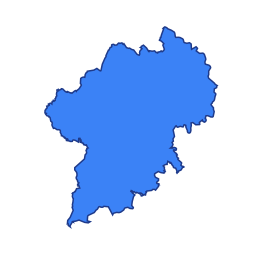 Unión de Tula, Jalisco, Mexico, rotated 186°
{"feature_id": "50627088B89415204754484", "entity_name": "Unión de Tula", "entity_type": "district", "adm_level": 2, "iso_a3": "MEX", "parent_name": "Mexico", "parent_adm1": "Jalisco", "projection": "albers", "projection_center": [-104.245, 20.004], "detail": "fine", "context": "isolated", "style": "filled", "palette": "blue", "viewbox_px": 256, "rotation_deg": 186, "n_neighbors": 0, "source": "geoboundaries", "source_scale": "gbopen_adm2", "svg_char_len": 5808}
<svg xmlns="http://www.w3.org/2000/svg" viewBox="0 0 256 256"><g transform="rotate(186 128 128)"><path d="M101.9,232.4L103.0,231.5L103.5,230.7L102.9,230.7L103.2,229.2L104.5,223.9L104.8,221.5L105.3,221.4L105.3,219.9L105.8,219.3L105.9,218.5L103.9,217.9L101.2,215.6L102.0,214.1L100.1,210.2L100.6,208.8L101.9,207.5L102.1,207.4L102.7,208.1L103.3,208.0L104.0,207.2L105.8,206.7L106.3,205.8L107.0,206.3L107.8,205.9L109.6,207.5L111.9,206.9L115.0,207.1L115.0,206.2L115.4,206.2L117.9,209.5L121.3,212.0L123.4,210.5L123.3,209.3L123.8,209.2L122.4,208.3L124.2,205.8L124.4,204.0L124.0,202.9L124.4,201.6L124.9,201.6L126.8,202.3L130.5,206.2L132.5,206.5L134.7,207.6L135.9,207.3L137.9,207.8L140.8,211.3L141.1,210.6L141.5,210.6L142.9,212.0L145.0,211.3L145.9,211.6L146.5,211.2L147.8,209.4L149.9,209.0L150.7,209.6L151.4,209.7L152.7,209.2L153.0,208.7L152.7,207.6L152.8,206.9L154.2,206.2L155.0,203.6L155.6,203.4L157.5,197.7L157.3,196.7L158.2,195.1L160.2,188.8L160.9,182.2L161.6,181.9L165.2,184.0L168.0,182.0L174.4,180.2L174.5,179.3L175.3,178.7L176.1,176.9L176.3,173.9L177.6,174.0L178.9,173.5L180.2,172.4L180.0,167.3L179.1,166.3L178.9,165.6L180.2,162.9L181.0,161.6L183.0,159.7L183.2,159.1L183.9,159.8L185.0,159.2L187.4,156.7L188.3,157.1L188.8,156.8L191.9,157.9L192.1,157.2L193.0,157.2L193.4,157.7L194.0,157.6L197.0,160.0L198.4,160.1L198.7,159.3L200.6,158.5L200.8,158.0L201.5,159.1L202.0,158.5L202.7,158.3L202.2,156.8L202.6,156.1L202.7,154.2L202.2,152.4L202.8,151.8L203.1,149.9L203.6,149.6L203.3,147.8L204.1,147.2L204.9,147.6L204.8,146.8L205.6,146.9L206.2,146.4L206.0,145.7L206.4,145.1L206.3,144.0L207.2,144.6L208.1,144.5L208.9,143.6L208.8,142.9L209.6,143.4L209.6,141.7L211.1,141.2L210.5,139.6L211.7,138.1L211.8,137.3L212.3,137.0L212.2,134.3L210.7,134.0L211.3,133.1L209.9,131.7L208.0,131.4L207.8,130.9L207.6,131.1L206.6,130.2L205.5,126.7L204.4,126.0L203.8,124.9L204.0,123.3L203.7,122.4L202.1,119.8L200.9,120.2L198.4,118.9L196.3,119.1L195.3,118.7L194.9,117.9L194.9,116.6L193.7,114.7L193.4,113.3L192.3,113.4L191.5,112.5L190.0,112.2L189.7,112.0L190.1,111.5L188.4,110.5L187.9,110.5L187.7,111.0L186.9,110.8L186.2,109.4L188.6,109.2L184.4,108.9L184.2,108.6L182.7,108.7L182.0,108.9L181.7,110.0L181.1,110.4L179.5,110.3L175.8,108.8L175.9,112.5L175.0,112.7L175.0,112.3L174.5,112.3L174.3,110.9L173.5,111.1L173.2,109.8L173.8,109.8L174.2,109.3L173.9,108.8L172.4,108.8L172.4,108.5L170.9,108.1L171.0,107.8L170.1,106.7L170.3,106.2L169.5,106.9L168.3,106.4L167.6,106.8L166.3,104.5L165.6,104.0L166.7,103.4L166.9,103.0L166.7,102.2L167.4,101.5L166.6,99.4L166.7,98.3L167.8,96.9L168.1,92.6L176.8,83.0L176.6,80.8L174.6,78.7L174.1,77.6L173.8,76.0L173.9,74.6L174.4,73.7L174.1,72.2L172.7,70.5L172.7,70.0L171.7,68.2L171.2,68.2L171.8,66.7L172.2,66.7L172.2,66.1L171.3,65.9L171.6,65.2L170.7,65.2L169.7,63.2L172.8,62.3L173.8,59.3L174.2,59.4L174.9,58.4L176.2,57.7L176.6,57.0L176.1,56.8L176.2,54.1L175.5,52.5L175.0,52.1L175.0,48.7L175.3,45.8L174.9,44.6L174.9,43.7L175.3,43.4L173.9,40.4L176.2,33.0L178.3,29.8L178.3,26.3L177.6,26.6L177.1,25.3L177.2,24.8L175.1,23.6L175.5,24.4L175.3,24.9L173.5,28.7L172.9,28.6L173.4,29.1L173.0,29.3L170.3,29.9L167.1,31.3L161.1,29.6L157.6,29.5L155.8,30.9L158.8,31.4L158.9,36.2L158.3,37.0L152.7,40.4L151.2,43.0L150.0,44.0L148.8,46.5L147.9,46.9L146.5,46.4L144.8,46.6L143.8,47.6L139.3,47.6L134.2,40.0L133.8,41.2L133.1,41.9L130.4,42.9L128.1,42.9L126.4,43.6L123.7,46.0L123.0,47.8L122.4,48.3L119.9,49.1L117.6,48.2L115.0,48.2L114.6,48.5L114.4,49.5L116.2,51.3L116.1,55.3L115.3,60.5L114.2,62.1L116.9,63.9L117.5,64.9L118.5,65.3L118.3,65.9L117.9,65.5L117.5,65.9L115.8,64.8L115.2,65.3L113.3,64.1L112.6,64.9L110.2,64.1L109.3,64.7L108.8,64.4L109.1,62.9L108.1,64.5L106.3,63.5L107.8,62.0L107.2,61.8L104.9,63.3L103.6,63.2L103.5,64.2L103.8,64.4L102.9,66.1L103.4,66.5L102.6,67.3L97.9,68.4L97.0,69.5L95.2,69.7L94.1,69.1L91.5,73.3L91.7,74.5L91.1,74.7L91.6,75.2L91.5,75.7L93.5,75.9L93.8,76.5L93.7,77.3L92.2,78.9L92.3,80.6L95.6,81.9L96.6,83.5L96.7,85.3L93.3,87.9L90.8,87.1L87.6,86.9L87.2,87.2L87.5,87.8L86.4,88.5L87.0,89.3L87.6,89.5L87.0,90.0L87.6,91.3L87.7,93.0L88.7,93.4L89.0,94.2L86.9,95.6L85.3,95.9L85.5,96.6L84.9,98.1L85.0,99.0L83.7,98.7L82.9,97.8L82.7,98.2L81.9,98.2L81.5,97.6L81.6,97.3L81.0,97.2L80.6,96.2L78.9,94.5L78.8,93.8L78.0,93.2L76.4,93.1L74.8,90.3L75.0,88.8L74.5,88.2L73.9,89.1L73.2,89.6L73.1,90.6L71.2,91.5L70.7,92.0L69.5,94.8L68.7,94.7L68.3,95.1L68.8,95.5L70.4,95.7L71.5,96.5L71.0,98.8L71.4,99.3L75.0,101.9L75.2,102.5L74.7,103.2L76.2,104.3L76.7,105.3L76.5,105.7L76.9,106.3L76.3,106.5L77.3,107.9L78.1,108.1L80.2,110.0L80.4,110.8L80.0,111.2L78.7,110.8L77.8,111.1L77.6,112.3L78.4,113.2L80.1,113.5L81.3,113.2L81.4,112.7L83.7,112.5L82.3,114.0L81.5,116.3L82.7,118.3L81.5,119.6L82.1,121.8L80.9,124.5L82.9,130.8L80.8,134.9L80.3,135.2L79.2,134.0L78.5,134.0L76.3,135.1L73.5,134.8L73.1,135.0L72.8,136.7L72.4,137.1L70.8,136.7L70.5,134.9L68.6,131.5L68.5,130.5L67.8,129.6L66.7,129.3L65.8,129.8L65.4,130.6L65.2,132.4L65.6,134.6L65.3,137.0L65.8,139.6L64.1,140.2L60.9,138.3L57.2,138.9L57.0,139.2L57.6,141.0L54.9,143.7L54.3,142.5L52.7,141.8L51.9,142.2L51.3,143.0L51.1,143.8L51.4,144.9L52.2,145.7L51.7,148.3L49.9,148.6L46.6,147.6L45.0,147.8L44.5,148.4L44.0,153.3L45.0,155.5L45.1,157.0L47.7,159.6L47.9,160.3L46.9,161.5L46.6,162.8L45.7,163.6L45.0,165.0L44.7,168.5L44.2,170.4L44.4,171.4L46.0,172.5L46.2,173.0L46.2,176.0L44.1,177.4L44.1,179.1L43.7,179.5L45.9,180.6L46.7,181.6L53.0,185.9L53.8,188.0L53.3,189.3L53.7,193.1L52.1,196.5L52.6,197.9L54.0,198.9L57.7,199.6L58.3,200.9L58.4,202.0L57.8,204.3L58.1,205.6L59.8,209.3L61.3,210.3L64.6,209.7L68.0,211.6L68.2,211.8L67.2,214.5L68.8,215.9L73.0,212.9L73.7,216.3L73.7,217.1L74.2,218.4L75.8,219.2L78.3,218.4L80.9,218.8L81.4,219.3L82.3,221.7L83.0,222.4L85.6,223.4L87.3,223.5L89.9,223.1L90.5,223.8L91.4,227.2L92.0,228.2L95.0,229.7L98.9,230.9L99.9,231.8L101.9,232.4Z" fill="#3b82f6" stroke="#1e3a8a" stroke-width="1.5"/></g></svg>